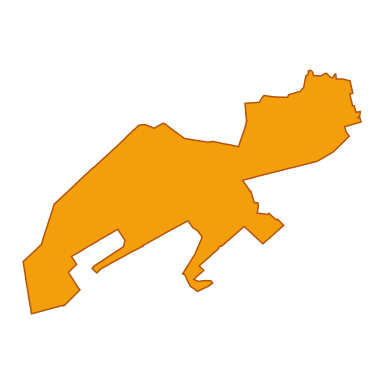 outline of Uivar, Timis, Romania
{"feature_id": "2599482B52111075494125", "entity_name": "Uivar", "entity_type": "district", "adm_level": 2, "iso_a3": "ROU", "parent_name": "Romania", "parent_adm1": "Timis", "projection": "equal_earth", "projection_center": [20.887, 45.653], "detail": "fine", "context": "isolated", "style": "filled", "palette": "amber", "viewbox_px": 384, "rotation_deg": 0, "n_neighbors": 0, "source": "geoboundaries", "source_scale": "gbopen_adm2", "svg_char_len": 5709}
<svg xmlns="http://www.w3.org/2000/svg" viewBox="0 0 384 384"><path d="M212.6,283.3L211.3,281.1L211.1,280.9L210.6,280.7L207.1,280.7L205.3,280.6L203.4,280.7L202.5,280.8L199.9,281.2L198.2,281.4L193.8,279.4L195.3,277.9L196.4,276.9L203.8,270.4L199.1,265.8L199.7,265.4L203.3,262.2L209.2,257.1L210.1,256.2L210.8,255.5L218.5,248.8L218.6,248.6L218.6,248.4L218.5,247.6L218.7,247.4L220.3,246.3L221.1,246.3L221.4,246.3L221.6,246.2L226.9,241.6L228.2,240.5L244.1,226.5L248.7,230.6L255.1,236.7L262.9,243.8L283.7,225.4L277.6,219.2L276.5,220.1L268.7,213.2L267.8,214.5L266.4,214.3L266.4,214.2L257.0,213.1L257.2,212.9L257.4,212.4L258.3,206.4L258.0,203.2L258.6,203.1L255.2,202.6L254.2,202.6L252.9,198.6L252.4,196.3L250.9,191.3L250.3,191.5L247.4,187.1L242.6,180.3L252.4,177.8L258.4,176.1L271.3,172.9L287.2,168.8L290.1,168.0L293.1,167.4L295.2,166.9L316.1,161.6L317.6,161.0L320.2,159.6L329.1,154.4L333.3,151.9L338.4,147.0L349.3,136.2L345.9,131.7L346.0,131.3L344.7,126.7L354.4,123.9L358.2,122.8L360.7,122.2L361.0,122.0L359.7,117.2L358.2,117.5L359.6,115.8L359.9,115.0L360.1,113.6L360.3,111.5L356.0,112.3L354.2,105.7L352.6,106.0L349.8,94.0L352.0,93.5L352.8,93.4L350.1,80.9L342.8,79.0L341.7,79.0L336.3,79.1L335.7,74.0L335.3,74.1L334.9,74.4L334.6,74.7L334.2,75.3L333.9,76.0L333.7,76.4L333.5,76.6L333.4,76.7L333.0,77.6L332.8,77.7L332.4,77.8L332.1,77.7L330.8,77.5L330.4,77.2L330.0,76.8L329.9,76.5L329.2,76.0L329.1,75.8L328.9,75.6L328.2,75.1L327.9,74.8L327.7,74.6L327.1,74.0L327.0,73.8L326.8,73.6L326.2,73.2L324.9,73.6L324.5,73.7L322.7,74.9L320.9,75.8L320.4,76.0L319.9,76.0L319.3,76.0L317.7,75.7L316.3,75.6L314.8,75.7L314.0,75.8L313.6,75.6L313.5,75.4L313.4,75.1L313.3,74.8L313.1,74.5L313.0,73.9L313.0,73.5L312.8,72.5L312.7,72.1L312.2,71.6L311.7,71.1L311.3,70.8L310.6,70.2L308.6,70.8L308.4,70.9L308.3,71.2L308.3,72.4L308.2,73.3L307.9,74.2L307.6,74.8L307.1,75.1L306.1,75.5L305.4,78.5L304.6,82.2L303.7,87.4L302.3,88.9L301.6,89.7L301.2,90.1L300.3,91.2L300.1,91.5L299.7,91.7L297.6,92.1L292.5,93.6L288.7,94.7L288.2,95.8L287.4,97.3L279.3,97.1L278.0,97.1L274.1,96.9L266.4,95.9L264.2,95.4L263.7,95.7L261.8,98.1L260.2,100.9L259.2,102.3L255.1,102.6L248.2,103.1L245.4,103.3L245.1,103.2L245.1,103.7L245.2,104.2L245.1,104.8L245.2,105.0L245.3,105.5L245.4,107.6L245.5,108.4L245.5,108.8L245.6,109.2L245.7,110.0L245.7,111.5L246.5,120.6L246.8,120.8L246.6,121.1L246.3,122.0L246.2,122.4L246.0,123.3L245.8,124.5L245.8,124.8L245.5,126.0L245.4,126.4L245.1,127.3L245.0,127.7L244.5,129.2L244.1,130.4L244.0,130.7L243.8,131.2L243.1,133.1L242.4,135.4L241.4,138.1L240.0,142.2L239.1,144.8L238.8,145.9L238.7,146.0L238.4,146.7L231.7,145.2L228.3,144.5L226.9,144.2L226.6,144.5L226.5,144.3L222.4,143.5L220.2,143.0L212.6,141.4L208.9,142.2L207.7,142.1L206.2,142.1L205.7,141.8L191.1,139.6L190.5,139.5L190.1,139.3L184.7,138.6L178.2,133.9L176.7,132.7L174.8,131.5L168.5,126.6L166.0,124.7L165.9,124.6L165.8,124.4L165.7,124.2L165.0,124.1L164.8,124.2L163.7,123.3L163.3,123.2L162.3,123.7L161.8,124.1L161.1,124.3L160.8,124.5L160.4,124.6L159.9,125.0L159.5,125.1L158.7,125.6L158.0,126.0L156.4,127.0L155.5,127.5L155.4,127.7L154.4,128.1L153.5,128.0L152.8,127.7L152.7,127.6L152.4,127.4L151.0,126.9L150.7,126.8L150.5,126.7L150.1,126.7L149.6,126.4L149.2,126.3L148.8,126.1L147.3,125.6L147.5,125.6L147.3,125.4L146.8,125.3L146.5,125.2L146.0,125.1L145.7,124.9L145.4,124.7L144.5,124.6L143.2,124.7L142.6,124.8L141.6,124.8L140.7,125.0L140.1,125.2L139.9,125.1L139.7,125.2L139.7,125.3L139.2,125.3L138.8,125.4L138.4,125.6L138.2,125.6L137.4,126.6L136.7,127.2L136.5,127.5L135.5,128.3L135.0,128.8L133.3,130.3L133.1,130.5L132.8,130.6L132.7,130.7L132.5,131.0L131.7,131.9L131.4,132.2L131.1,132.4L131.0,132.6L130.8,132.7L130.3,133.2L130.2,133.3L130.1,133.5L129.4,134.0L128.7,134.8L127.4,135.9L127.2,136.1L126.9,136.4L126.2,137.0L126.2,137.3L122.7,140.8L122.1,141.3L121.9,141.5L121.7,141.7L121.2,142.1L120.9,142.4L120.6,142.6L120.0,143.2L119.9,143.4L119.6,143.7L119.1,144.2L118.7,144.5L117.1,145.9L116.6,146.5L115.1,147.8L114.0,148.9L112.9,149.8L111.9,150.8L111.5,151.0L111.4,151.3L110.8,151.8L110.5,152.0L110.3,152.4L109.2,153.3L108.6,153.8L107.6,154.7L105.4,156.8L103.1,158.9L102.5,159.4L102.3,159.7L101.5,160.3L101.3,160.5L100.5,161.2L100.4,161.4L99.4,162.3L98.6,163.1L98.1,163.4L96.6,164.9L96.3,165.1L96.1,165.4L95.7,165.7L94.8,166.5L94.5,166.8L94.0,167.3L93.8,167.4L93.3,167.9L93.0,167.9L92.4,168.3L92.2,168.6L92.1,168.8L91.7,169.0L88.1,172.4L87.4,173.0L86.7,173.7L86.5,173.8L85.4,174.9L80.2,179.6L78.0,181.8L75.9,183.7L76.0,183.8L71.4,188.2L54.2,204.2L54.0,204.9L51.8,211.8L47.5,225.2L46.0,229.7L43.3,238.0L42.5,240.5L42.6,240.8L41.5,244.3L39.6,246.2L35.5,250.1L28.5,256.6L23.2,261.6L24.6,271.2L25.5,276.1L25.5,277.0L25.7,278.8L28.0,292.2L28.8,297.8L30.8,309.2L31.5,313.8L35.4,312.8L50.3,308.7L54.5,307.6L57.5,306.9L60.4,306.0L62.9,305.4L63.1,305.7L63.8,305.3L64.0,305.7L64.6,305.2L65.6,304.3L69.6,300.3L80.0,289.8L78.4,288.1L74.8,282.6L74.8,282.4L74.7,282.2L74.2,281.6L73.7,280.8L73.2,279.8L68.3,272.4L73.6,267.3L76.7,264.4L71.4,256.5L80.5,251.3L87.1,247.1L97.8,241.0L97.8,240.8L117.7,229.3L124.4,239.4L124.8,239.9L124.8,240.7L123.8,245.6L122.9,247.1L118.6,249.9L115.4,252.0L105.0,258.9L104.5,259.2L95.8,264.9L93.6,266.3L93.6,266.8L92.2,268.5L92.5,268.8L95.5,271.8L96.9,272.9L100.6,269.2L101.5,268.5L104.3,267.0L112.7,262.3L124.9,255.7L127.6,254.1L132.3,251.5L132.9,251.2L134.7,250.4L137.6,249.0L142.4,246.3L142.8,246.4L142.7,245.7L157.6,237.4L166.3,232.5L169.6,230.7L187.9,220.8L192.9,227.8L197.4,230.5L201.7,236.3L201.8,238.0L199.9,242.6L197.8,247.3L194.7,254.8L193.2,256.8L192.0,258.8L182.6,273.9L184.5,274.5L184.9,274.9L185.7,276.5L186.2,277.8L188.8,283.5L190.2,286.1L197.5,291.4L204.6,288.0L208.3,286.3L210.2,284.9L210.7,284.5L212.6,283.3Z" fill="#f59e0b" stroke="#b45309" stroke-width="1.5"/></svg>